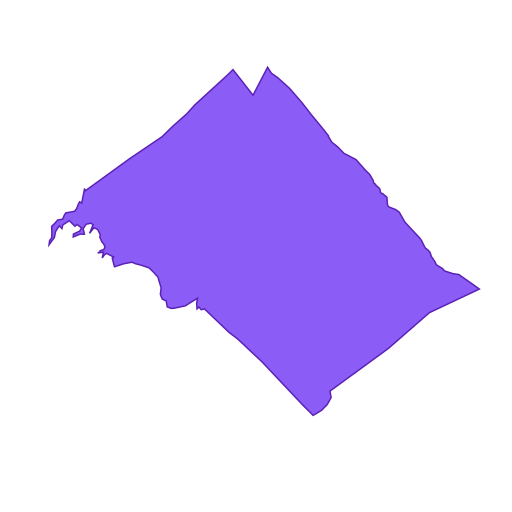 Tintane, Hodh el Gharbi, Mauritania (Albers equal-area conic projection), rotated 323°
{"feature_id": "47542326B49589683558539", "entity_name": "Tintane", "entity_type": "district", "adm_level": 2, "iso_a3": "MRT", "parent_name": "Mauritania", "parent_adm1": "Hodh el Gharbi", "projection": "albers", "projection_center": [-10.457, 15.991], "detail": "fine", "context": "isolated", "style": "filled", "palette": "violet", "viewbox_px": 512, "rotation_deg": 323, "n_neighbors": 0, "source": "geoboundaries", "source_scale": "gbopen_adm2", "svg_char_len": 2202}
<svg xmlns="http://www.w3.org/2000/svg" viewBox="0 0 512 512"><g transform="rotate(323 256 256)"><path d="M349.8,93.8L349.8,93.3L342.1,94.3L298.0,98.5L286.2,100.8L267.4,102.3L252.9,104.2L213.3,102.2L159.1,101.2L159.4,99.4L159.2,99.4L148.7,108.8L148.3,107.9L147.8,106.6L145.9,107.3L141.3,110.2L138.2,111.1L135.5,109.9L130.2,107.1L127.7,107.9L123.7,110.2L119.3,107.9L114.4,108.9L110.7,109.3L106.9,114.7L103.8,118.5L100.5,119.4L97.5,122.5L106.1,119.9L110.6,115.9L112.3,115.2L117.0,113.5L117.5,117.3L120.4,114.9L128.2,115.5L128.9,120.4L129.3,123.3L132.0,123.1L133.6,128.6L130.2,130.0L123.4,128.6L121.5,130.8L128.7,132.7L132.1,135.3L134.5,130.1L137.6,129.1L139.5,128.4L143.8,130.4L144.8,132.9L138.5,136.7L136.7,137.7L143.5,135.9L145.5,139.4L144.5,145.2L142.6,146.9L141.4,152.1L141.6,154.6L140.9,157.9L138.5,159.2L134.6,158.0L133.8,158.8L131.4,158.3L136.5,161.2L132.0,165.0L135.4,163.9L138.2,163.9L141.7,171.2L139.9,171.2L136.5,179.4L136.6,179.5L144.9,182.3L146.5,183.0L153.2,186.3L155.0,189.5L158.6,194.0L163.5,201.2L164.4,207.2L164.6,209.5L165.0,213.9L163.3,218.2L161.1,224.3L156.7,228.9L156.3,229.8L156.1,230.4L155.2,233.9L156.3,236.1L157.3,237.7L154.5,243.2L156.6,246.7L159.1,248.4L169.6,253.3L170.1,253.3L183.9,254.5L180.0,258.2L177.1,262.8L179.7,262.4L179.9,265.9L183.0,267.3L188.5,300.9L191.4,311.2L197.1,344.2L203.6,402.8L205.7,417.7L215.6,418.7L223.5,417.5L230.7,414.3L233.9,408.4L305.9,409.5L360.4,405.6L412.4,416.4L414.5,416.8L407.0,393.4L406.8,392.8L402.8,388.8L397.6,381.4L397.4,378.2L394.9,372.0L395.0,370.2L395.6,367.3L395.5,365.4L395.8,364.2L395.6,362.5L396.7,359.2L397.2,357.7L397.0,355.2L396.0,351.2L396.3,349.6L396.8,346.8L397.5,343.5L397.6,339.5L397.4,338.8L395.3,318.5L396.8,307.3L395.5,303.0L391.8,297.1L391.6,295.4L391.9,294.1L395.9,287.9L394.7,282.5L394.0,281.6L393.8,280.5L394.0,279.5L394.8,278.1L395.3,276.3L394.8,273.4L394.1,272.3L394.5,271.4L394.6,270.4L393.9,269.0L395.1,266.0L395.9,259.2L395.0,253.3L394.3,244.4L393.9,239.2L388.0,226.9L387.0,218.5L387.0,218.4L385.0,210.6L385.9,203.6L386.2,203.5L385.9,191.6L385.2,176.5L385.0,161.4L383.7,142.4L380.7,126.7L378.3,119.3L378.9,112.2L350.4,125.8L349.8,94.0L349.8,93.8Z" fill="#8b5cf6" stroke="#5b21b6" stroke-width="1.5"/></g></svg>